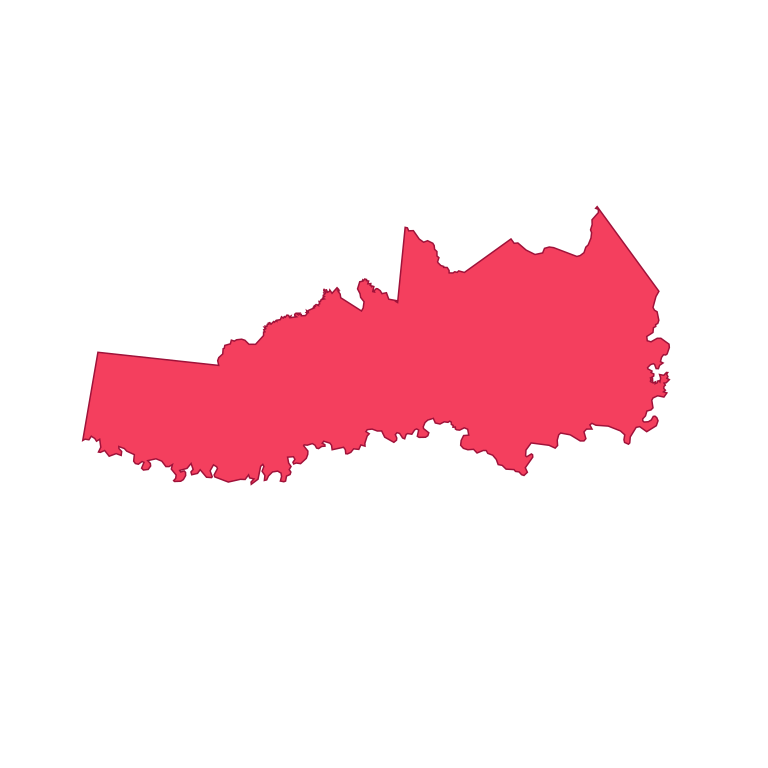 the district of Pacoa (Cor. Departamental), Vaupés, Colombia, rotated 324°
{"feature_id": "7082276B7457968430038", "entity_name": "Pacoa (Cor. Departamental)", "entity_type": "district", "adm_level": 2, "iso_a3": "COL", "parent_name": "Colombia", "parent_adm1": "Vaupés", "projection": "albers", "projection_center": [-70.674, 0.194], "detail": "fine", "context": "isolated", "style": "filled", "palette": "rose", "viewbox_px": 768, "rotation_deg": 324, "n_neighbors": 0, "source": "geoboundaries", "source_scale": "gbopen_adm2", "svg_char_len": 6171}
<svg xmlns="http://www.w3.org/2000/svg" viewBox="0 0 768 768"><g transform="rotate(324 384 384)"><path d="M602.8,559.1L607.6,557.5L605.5,554.6L608.0,554.4L607.7,552.0L609.1,550.5L610.9,550.3L611.1,547.9L613.0,548.9L617.4,548.2L616.2,545.6L618.0,545.0L618.5,542.1L620.2,541.5L619.3,540.7L615.4,541.4L612.5,538.3L611.3,541.8L608.5,544.4L608.5,543.1L607.2,542.5L605.8,543.6L603.6,543.1L604.9,541.8L602.4,541.4L601.0,538.6L602.4,537.2L603.1,539.5L604.6,537.2L603.5,535.8L606.9,536.1L608.2,534.5L606.8,531.7L608.4,531.1L606.4,526.9L606.8,525.7L611.0,525.0L613.9,525.9L614.4,527.3L613.2,531.5L615.0,532.9L617.9,530.9L622.1,531.0L620.8,528.4L624.2,525.6L627.3,524.6L629.0,526.1L630.7,526.1L636.3,522.2L638.0,519.3L634.9,509.8L631.9,507.6L624.8,506.8L622.4,503.7L624.5,500.0L631.9,500.4L635.1,496.8L637.7,497.2L638.6,495.6L641.1,495.9L643.8,494.0L647.4,486.1L646.2,483.3L646.6,480.2L655.4,473.1L660.9,470.6L660.7,365.8L658.5,366.3L660.0,368.6L658.3,371.3L648.8,373.4L646.1,377.4L641.7,380.7L640.9,383.6L637.2,387.6L630.9,391.5L627.7,391.9L623.0,395.3L618.2,395.4L615.0,394.2L601.4,373.4L598.2,370.3L593.6,368.6L589.4,371.2L582.3,368.0L577.7,359.2L575.2,348.6L572.0,346.7L572.0,341.3L514.6,341.0L510.9,336.4L508.8,336.7L507.2,334.8L505.0,334.7L502.0,332.4L503.4,330.4L503.6,326.9L500.8,324.7L501.4,324.0L499.6,321.5L499.0,317.7L499.2,316.6L502.7,314.1L502.1,311.6L504.7,307.9L504.1,304.8L506.0,301.4L506.2,298.8L503.5,293.7L499.4,292.6L497.7,287.5L497.9,277.2L494.0,274.6L494.7,271.4L493.2,269.7L442.9,326.1L442.0,324.1L443.4,324.2L437.7,318.2L439.6,311.6L435.5,309.7L435.8,306.3L434.8,303.2L433.8,302.3L430.8,302.7L430.4,304.0L429.2,302.6L433.1,299.2L432.2,298.0L430.5,298.1L431.7,297.7L430.6,295.3L431.3,296.2L432.4,295.0L429.8,293.4L432.1,291.7L430.5,290.0L431.3,289.2L430.1,287.7L428.1,288.3L428.0,287.3L426.8,288.1L424.5,287.0L418.5,291.5L417.7,296.8L416.0,300.2L416.2,305.7L411.8,310.3L408.7,311.7L399.7,288.8L401.4,285.4L401.3,282.3L402.5,282.3L401.7,280.7L402.9,280.8L402.6,278.5L395.3,280.1L395.4,276.1L394.3,277.0L392.3,276.6L392.8,274.0L390.9,273.2L391.4,271.7L390.0,273.3L391.1,275.6L390.1,276.1L388.9,275.0L388.6,276.6L387.0,276.5L386.3,277.5L387.1,278.2L384.8,278.5L385.6,280.0L382.7,278.8L381.1,279.9L380.0,279.0L379.1,281.3L377.5,281.1L377.1,282.0L375.8,279.8L373.4,279.9L373.8,280.7L372.1,280.5L372.3,281.4L365.9,280.0L365.0,281.4L364.5,279.3L363.9,280.7L363.0,280.4L363.2,281.8L360.7,282.5L357.2,280.2L358.0,279.1L356.8,278.3L357.4,277.7L356.2,276.8L356.9,276.8L355.6,275.9L355.2,277.0L354.5,275.0L352.7,275.1L352.0,276.3L352.7,278.2L347.2,275.3L348.6,274.3L346.8,274.2L347.1,272.4L346.0,271.2L343.4,272.0L342.8,270.3L342.7,271.3L341.2,271.4L340.6,269.4L337.9,271.0L334.8,269.4L334.2,270.2L333.9,269.2L331.6,269.6L331.4,268.6L327.7,269.2L327.7,267.2L326.1,266.8L325.9,267.8L324.6,267.2L323.1,268.5L321.8,267.3L321.1,269.1L320.5,268.1L320.4,269.7L318.6,269.4L318.3,271.7L317.1,271.2L315.0,274.0L303.4,276.4L298.1,272.5L297.2,266.9L295.2,264.1L290.8,261.6L288.1,261.3L286.3,258.8L283.3,261.2L277.9,259.2L275.8,261.2L274.6,260.9L271.2,264.9L265.9,265.5L263.2,267.3L261.2,271.8L171.2,190.2L107.1,252.6L109.7,252.9L112.5,255.7L116.5,254.2L118.0,258.1L117.8,261.3L121.5,261.6L117.7,268.7L113.0,271.2L114.4,272.6L118.9,273.6L119.2,280.9L126.4,282.9L129.4,287.3L132.1,284.4L131.6,280.4L132.7,278.7L136.0,283.6L136.4,287.1L140.5,294.4L136.1,299.3L136.1,302.2L138.1,304.5L142.7,304.5L143.8,306.3L138.4,309.6L138.8,312.2L143.0,314.5L147.0,313.2L148.3,310.9L147.8,307.1L155.6,310.5L158.9,315.8L159.0,322.6L161.6,324.5L165.5,324.8L161.9,327.8L162.3,335.5L160.0,337.9L157.0,338.5L157.2,339.7L162.4,343.2L165.5,343.4L169.7,341.5L171.5,338.9L171.3,336.9L167.8,335.7L167.9,333.8L175.1,336.5L181.2,334.9L179.4,340.9L176.1,341.7L175.1,344.4L180.6,346.7L184.9,345.3L185.6,355.1L189.5,358.4L190.5,358.1L192.3,352.0L198.5,349.2L200.0,352.6L199.6,354.5L193.1,357.7L192.5,359.7L200.4,371.8L211.8,376.7L215.5,379.6L221.0,377.9L220.1,381.0L223.0,384.3L218.8,385.2L217.7,387.1L226.1,387.0L235.8,378.1L238.7,377.8L238.4,380.1L234.1,382.9L233.9,388.0L230.5,391.7L232.7,392.6L236.5,390.5L242.1,389.6L246.8,392.0L248.3,395.6L246.7,398.7L243.1,401.6L245.5,404.2L247.3,404.7L251.0,401.2L254.8,402.0L256.9,400.5L257.0,397.5L260.3,396.1L260.4,391.9L263.0,386.5L268.0,389.6L267.7,392.6L264.3,393.8L263.9,395.6L266.5,396.3L269.7,399.4L277.4,398.5L281.0,396.1L283.0,393.5L282.7,386.7L283.6,386.3L286.0,388.4L291.0,390.1L292.2,392.9L291.8,396.2L293.1,397.8L296.9,397.9L299.7,399.6L300.5,398.3L299.2,395.6L301.6,394.9L305.5,400.1L305.5,402.8L303.4,406.7L314.1,411.4L314.1,414.4L312.1,417.9L313.4,419.1L317.0,419.8L321.3,418.6L325.2,422.1L329.5,419.7L332.1,423.1L333.8,420.6L339.8,416.2L342.8,415.6L341.4,411.9L343.6,411.1L347.9,413.5L350.9,418.0L354.5,420.6L353.3,427.4L357.7,437.0L361.1,436.8L362.6,435.2L363.4,431.6L365.9,431.0L367.6,433.2L367.3,438.6L368.5,440.5L372.3,437.8L374.0,438.0L377.0,441.0L381.9,439.1L384.0,439.5L385.0,441.6L380.2,445.9L381.0,447.8L386.3,451.5L389.1,451.6L391.6,449.8L389.8,443.3L390.6,441.7L394.5,439.3L398.2,438.9L403.7,440.8L402.6,445.7L405.8,449.3L410.5,450.0L413.2,452.6L415.3,452.7L416.0,454.4L414.7,456.3L415.6,458.1L414.4,459.5L416.4,460.8L415.3,462.3L415.9,463.8L418.1,465.8L423.2,466.6L425.1,469.8L422.5,475.2L418.1,472.5L413.3,475.0L410.0,478.6L410.4,482.7L413.2,486.5L418.1,489.5L418.7,494.5L425.2,496.1L427.6,497.9L427.2,501.1L430.1,505.5L430.5,511.1L429.0,516.3L431.8,519.3L432.7,524.6L438.9,529.7L439.0,532.0L441.6,534.5L442.0,538.2L443.5,540.3L448.1,539.7L449.1,534.8L461.4,530.6L462.6,528.6L462.1,527.2L456.8,526.8L456.3,525.4L460.0,520.9L468.4,518.2L481.5,530.6L484.8,536.5L488.3,535.8L491.1,531.3L495.5,527.8L498.1,527.5L504.8,534.6L509.3,545.4L512.3,547.6L515.2,546.9L517.6,540.3L521.3,539.5L525.8,542.7L526.5,538.1L529.1,538.0L531.2,541.9L540.7,549.9L547.7,560.9L548.9,566.6L545.3,570.2L544.3,572.7L546.4,576.4L548.2,576.1L552.1,571.6L562.5,567.3L565.8,568.8L568.5,577.0L579.8,577.8L584.1,574.8L584.9,571.5L584.3,569.3L582.8,568.5L579.1,570.2L575.7,569.9L572.1,567.7L571.7,565.9L572.8,564.3L576.8,563.5L580.8,560.4L584.8,561.9L587.6,561.4L591.1,554.5L593.5,553.4L598.5,554.4L602.8,559.1Z" fill="#f43f5e" stroke="#9f1239" stroke-width="1.5"/></g></svg>